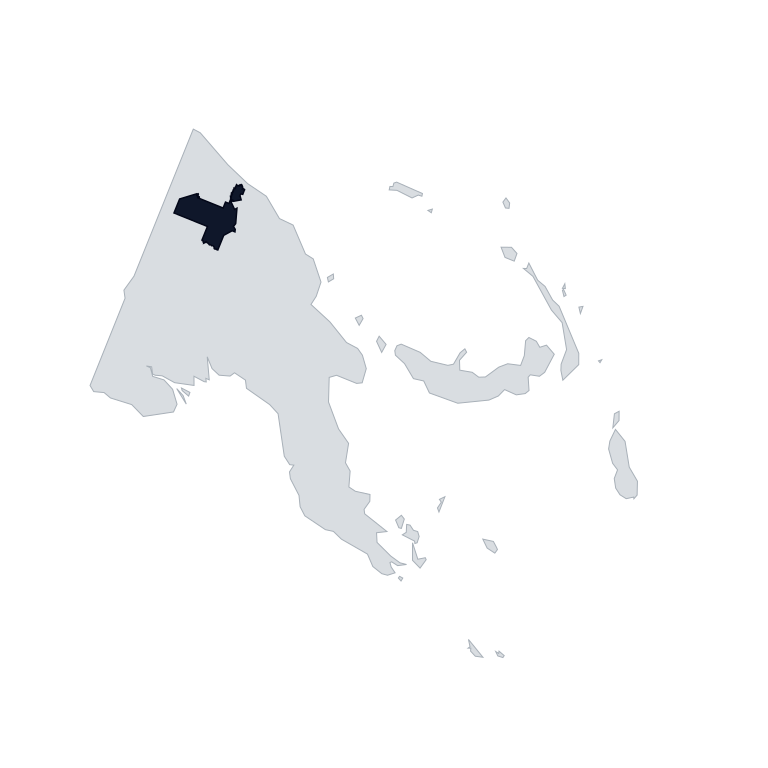 Ambunti/Drekikier District, East Sepik, Papua New Guinea shown in context, rotated 22°
{"feature_id": "67681753B88786401502909", "entity_name": "Ambunti/Drekikier District", "entity_type": "district", "adm_level": 2, "iso_a3": "PNG", "parent_name": "Papua New Guinea", "parent_adm1": "East Sepik", "projection": "natural_earth1", "projection_center": [142.509, -4.218], "detail": "fine", "context": "in_parent", "style": "filled", "palette": "ink", "viewbox_px": 768, "rotation_deg": 22, "n_neighbors": 0, "source": "geoboundaries", "source_scale": "gbopen_adm2", "svg_char_len": 7830}
<svg xmlns="http://www.w3.org/2000/svg" viewBox="0 0 768 768"><g transform="rotate(22 384 384)"><path d="M112.0,495.5L111.8,401.5L107.7,394.4L111.8,377.7L111.7,219.1L119.5,219.9L157.1,239.2L182.5,249.3L204.6,254.0L225.1,269.8L240.2,270.7L262.5,292.9L271.5,294.5L287.4,313.1L288.3,328.1L286.5,337.6L310.6,346.7L333.7,359.6L346.2,360.9L353.2,365.4L361.8,376.4L363.3,391.1L358.4,393.7L336.7,393.7L330.7,398.4L339.3,421.5L358.7,442.7L373.4,452.3L377.8,471.5L385.2,477.4L390.0,492.6L397.6,494.2L412.4,491.7L414.8,498.1L412.5,507.7L414.7,511.6L442.0,519.7L432.8,524.7L436.9,533.5L454.7,541.0L465.8,543.8L472.5,542.9L464.7,547.3L457.7,546.0L456.4,547.3L459.2,551.0L465.0,554.9L458.9,560.0L453.0,560.7L442.0,557.4L432.4,547.9L402.6,543.8L392.3,539.6L384.2,541.0L360.0,535.9L352.2,529.2L346.9,519.1L332.7,506.9L329.3,500.9L330.8,493.0L326.8,494.1L318.6,488.3L296.9,451.2L285.7,445.9L258.1,439.5L254.1,432.3L241.2,429.6L238.3,434.3L227.8,437.6L218.8,434.1L209.9,425.0L220.4,445.6L216.7,445.5L218.4,448.7L216.4,449.2L204.9,448.0L208.4,456.5L189.4,461.2L175.3,459.5L168.5,461.6L165.7,461.4L162.1,455.1L156.9,456.3L161.3,456.4L166.7,463.6L178.5,462.6L190.0,468.1L199.7,480.3L199.3,488.8L173.0,504.3L157.8,497.6L135.6,499.4L127.7,496.8L117.7,499.8L112.0,495.5ZM509.2,287.3L514.7,291.6L520.1,287.1L530.7,292.6L528.6,313.0L525.2,318.6L516.2,320.7L515.1,323.7L520.9,335.7L518.5,340.0L510.7,344.5L497.9,344.0L494.5,352.3L487.3,359.6L459.6,374.2L429.5,375.3L419.7,366.3L409.3,368.0L395.4,357.4L383.8,353.0L381.5,349.0L381.7,343.7L385.0,340.6L405.7,341.1L418.9,345.4L436.2,342.8L441.0,339.6L442.9,326.5L445.8,321.1L448.7,323.6L445.1,333.7L449.1,342.8L461.4,340.1L469.3,342.2L475.4,339.5L484.1,325.4L491.1,318.9L503.7,315.6L503.5,305.2L499.1,290.8L500.9,286.6L509.2,287.3ZM660.3,392.2L658.7,396.8L657.9,395.3L651.5,399.6L644.3,398.3L637.8,393.7L632.9,385.4L632.7,376.1L625.7,371.9L616.6,360.1L614.8,352.3L615.6,339.4L629.0,346.9L642.5,369.2L655.4,379.2L660.3,392.2ZM557.3,293.1L548.4,313.5L542.9,305.1L540.8,299.3L540.4,283.7L526.2,260.4L511.5,252.7L481.8,228.4L470.0,224.6L473.0,223.5L473.0,217.6L487.6,230.2L496.8,233.2L508.9,243.0L517.2,246.3L553.1,282.6L557.3,293.1ZM320.1,192.1L348.3,193.0L348.8,195.7L345.0,196.0L340.3,201.0L323.4,199.6L316.1,202.1L315.5,198.6L318.3,197.6L317.9,194.0L320.1,192.1ZM461.0,505.1L466.1,508.6L470.5,508.2L473.7,512.2L474.2,518.8L472.4,520.3L471.2,518.2L457.5,517.0L460.2,513.2L457.6,505.7L461.0,505.1ZM458.7,221.3L448.8,221.3L441.3,213.3L451.0,209.5L458.4,213.2L458.7,221.3ZM481.0,533.8L487.4,529.6L488.9,531.1L486.4,541.2L476.5,536.8L469.9,520.5L481.0,533.8ZM533.7,490.8L544.4,489.0L549.6,493.4L551.2,495.0L550.1,499.3L541.1,497.5L533.7,490.8ZM558.0,589.2L578.1,600.3L570.6,602.2L564.3,599.2L563.5,596.4L560.9,597.4L562.2,595.4L558.0,589.2ZM370.0,355.6L361.1,347.2L361.6,341.5L371.1,346.5L370.0,355.6ZM454.2,511.4L451.6,511.7L445.7,505.8L449.3,499.2L453.4,501.6L454.2,511.4ZM612.6,338.9L608.8,325.3L612.2,321.2L615.6,329.8L612.6,338.9ZM339.0,338.9L332.7,333.6L337.3,328.7L340.1,331.2L339.0,338.9ZM434.1,174.3L430.7,175.3L426.1,170.8L427.4,165.8L432.7,169.1L434.1,174.3ZM297.9,305.3L294.2,310.2L291.6,306.4L295.8,301.0L297.9,305.3ZM482.7,465.7L482.9,482.1L480.0,478.9L481.4,472.1L478.6,470.2L482.7,465.7ZM202.1,470.0L208.2,476.7L193.5,465.9L202.1,470.0ZM207.4,468.4L199.3,465.7L197.7,463.6L207.2,464.5L207.4,468.4ZM597.2,590.8L596.7,593.1L591.4,593.5L587.8,590.2L591.3,590.9L590.7,588.6L597.2,590.8ZM539.4,237.5L539.7,245.1L535.9,239.7L539.4,237.5ZM519.6,233.4L518.1,235.5L514.3,230.2L515.1,229.1L519.6,233.4ZM474.1,556.9L473.6,560.3L470.0,558.5L470.5,556.5L474.1,556.9ZM516.4,227.6L513.6,228.5L514.1,223.3L516.4,227.6ZM363.3,203.7L363.7,207.5L359.7,206.6L363.3,203.7ZM576.8,279.9L576.3,283.3L574.2,282.2L576.8,279.9Z" fill="#d9dde1" stroke="#a8b0b8" stroke-width="1"/><path d="M172.6,271.2L172.6,274.7L168.9,274.7L168.9,281.1L142.3,281.1L142.3,280.9L142.2,280.8L142.0,280.7L141.9,280.6L141.9,280.4L142.0,280.4L142.3,280.4L142.6,280.3L142.7,280.2L142.8,280.0L142.7,279.9L142.6,279.7L142.3,279.8L142.1,280.1L141.9,280.1L141.6,279.5L141.5,279.3L141.3,279.2L141.1,279.2L140.8,279.1L140.7,279.3L140.7,279.6L140.7,279.8L140.5,279.5L140.5,279.3L140.4,279.3L140.2,279.3L139.7,279.3L139.6,279.2L139.6,278.9L139.8,278.7L140.1,278.6L140.3,278.4L140.8,277.9L140.8,277.6L140.7,277.4L140.4,277.2L140.3,277.3L140.2,277.4L140.0,277.9L139.7,278.1L139.5,278.4L139.4,278.1L139.1,277.8L125.2,289.0L125.2,304.1L161.3,304.1L161.3,318.7L161.6,318.7L161.6,318.8L161.8,319.1L162.0,319.1L162.4,319.0L162.6,319.1L162.6,319.3L162.8,319.4L163.1,319.5L163.3,319.7L163.3,319.9L163.4,320.0L163.4,320.4L163.6,320.5L163.8,320.6L164.2,320.7L164.3,320.7L164.3,320.8L164.6,320.5L164.4,320.3L164.5,320.2L165.0,320.1L165.4,319.5L165.4,319.4L165.2,319.3L165.2,319.1L165.3,318.9L165.6,318.8L165.7,318.5L165.8,318.5L166.3,318.7L166.4,319.0L166.8,319.2L167.0,319.2L167.3,319.3L167.5,319.3L167.9,319.3L168.1,319.4L168.5,319.6L169.4,320.0L169.8,320.3L170.0,320.4L170.5,320.0L170.9,319.9L171.2,319.9L171.6,320.0L172.1,320.3L172.3,320.4L172.7,320.2L173.4,319.9L173.7,319.8L174.0,319.9L174.3,320.1L174.6,320.2L174.9,320.5L175.0,320.6L175.3,320.7L175.5,320.8L175.6,321.2L175.5,321.4L175.5,321.5L175.8,322.0L176.1,322.2L176.3,322.2L176.9,322.2L177.2,322.1L177.4,321.6L177.5,321.6L177.8,321.6L178.0,321.7L178.3,321.8L178.6,322.1L178.8,322.0L179.0,321.9L179.2,322.0L179.4,322.0L179.7,322.0L179.7,306.2L185.8,298.8L188.8,298.8L188.1,296.3L185.4,294.4L186.4,290.9L186.1,289.8L181.8,276.1L180.1,278.1L172.6,271.2ZM172.6,254.4L172.6,257.0L172.8,257.1L172.8,257.3L172.9,257.5L172.9,257.9L172.9,258.0L172.9,258.3L172.9,258.5L172.6,258.5L172.2,258.7L172.0,258.8L171.9,258.8L171.8,258.7L171.8,258.8L171.6,258.8L171.7,259.0L171.8,259.1L171.9,259.5L171.8,259.8L171.7,259.9L171.7,260.0L171.8,260.3L171.9,260.6L171.7,260.7L171.8,260.8L171.6,261.1L171.6,261.4L171.6,261.7L171.8,261.6L171.9,261.3L172.0,261.3L172.1,261.5L172.1,261.9L172.0,262.0L171.9,262.0L171.9,262.3L172.0,262.5L171.9,262.7L171.8,262.9L171.7,262.9L171.6,263.1L171.9,263.2L171.9,263.3L171.8,263.5L171.6,263.5L171.7,263.8L171.5,263.7L171.2,263.8L171.2,264.0L171.3,264.1L171.2,264.3L171.3,264.4L171.2,264.4L171.3,264.6L171.5,264.8L171.8,264.9L171.7,265.0L172.0,265.1L172.1,265.4L171.9,265.5L172.0,265.6L171.9,265.7L171.9,265.8L171.8,266.0L171.7,265.9L171.5,266.0L171.6,266.5L171.7,266.4L171.7,266.5L171.8,266.9L171.8,267.0L171.7,266.8L171.6,267.0L171.8,267.1L172.0,267.0L172.1,267.3L172.1,267.5L172.1,267.8L171.9,267.8L172.0,267.9L172.0,268.0L171.9,267.9L171.7,268.1L171.8,268.2L172.1,268.2L172.1,268.4L172.4,268.2L172.5,268.0L172.6,268.3L172.5,268.5L172.4,268.5L172.4,268.8L172.4,269.0L172.5,269.1L172.7,269.3L172.5,269.5L172.6,269.8L173.0,269.9L172.9,270.0L173.0,270.2L173.1,270.5L173.4,270.4L173.5,270.5L173.7,270.4L173.8,270.5L173.9,270.4L174.0,270.4L174.0,270.5L174.2,270.9L174.3,270.8L174.2,271.0L174.3,271.0L174.4,270.8L174.5,270.7L174.5,270.8L174.7,271.0L174.8,271.2L175.0,270.9L174.9,270.8L175.0,270.8L175.2,271.0L175.4,270.9L175.5,270.8L175.7,271.1L175.8,271.1L182.6,266.8L180.3,263.8L179.8,263.7L180.0,261.4L182.0,261.1L181.9,256.4L181.9,256.5L181.8,256.3L182.0,256.1L181.9,255.9L181.7,255.8L181.4,255.8L181.1,255.8L180.9,255.8L180.6,255.9L180.4,255.8L180.2,255.9L180.3,255.7L180.2,255.5L180.0,255.4L179.9,255.4L179.8,255.5L179.7,255.5L179.4,255.3L179.4,255.1L179.1,254.8L178.9,254.5L179.0,254.3L178.8,254.2L178.7,253.9L178.4,253.9L178.3,253.6L178.2,253.5L178.2,253.3L178.1,253.1L177.9,252.9L177.7,252.8L177.6,252.7L177.3,252.5L177.2,252.5L177.2,252.9L177.1,253.0L176.9,253.0L176.6,253.0L176.7,253.4L176.6,253.5L176.4,253.5L176.1,253.6L175.7,253.8L175.6,253.7L175.5,253.9L175.5,254.0L175.5,254.3L175.7,254.5L175.1,254.8L174.9,254.7L174.6,254.6L174.4,254.8L174.2,254.7L173.9,254.8L173.7,255.0L173.3,254.8L173.1,254.7L172.9,254.5L172.6,254.4Z" fill="#0f172a" stroke="#020617" stroke-width="1.5"/></g></svg>